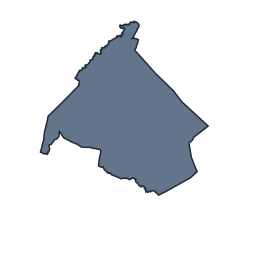 the district of Panda, Inhambane, Mozambique, rotated 46°
{"feature_id": "85939544B74614871029564", "entity_name": "Panda", "entity_type": "district", "adm_level": 2, "iso_a3": "MOZ", "parent_name": "Mozambique", "parent_adm1": "Inhambane", "projection": "robinson", "projection_center": [34.062, -24.057], "detail": "fine", "context": "isolated", "style": "filled", "palette": "slate", "viewbox_px": 256, "rotation_deg": 46, "n_neighbors": 0, "source": "geoboundaries", "source_scale": "gbopen_adm2", "svg_char_len": 5496}
<svg xmlns="http://www.w3.org/2000/svg" viewBox="0 0 256 256"><g transform="rotate(46 128 128)"><path d="M55.5,131.5L55.8,131.6L56.6,131.4L57.5,130.6L58.3,131.0L58.8,131.1L59.3,130.7L59.9,130.4L60.1,130.4L60.9,130.8L61.6,131.3L61.9,132.0L61.9,132.6L62.3,133.2L63.0,133.5L63.3,133.5L64.0,160.0L64.0,177.2L66.8,181.1L70.0,186.4L71.2,187.9L71.6,189.0L72.4,190.2L74.9,193.4L77.7,196.4L79.8,200.1L82.9,204.9L83.6,206.3L84.0,206.7L84.4,207.7L84.6,207.8L85.3,207.3L86.1,206.9L87.1,207.0L87.6,206.8L88.6,205.9L89.2,204.8L90.6,204.9L90.7,204.6L90.5,204.2L90.5,203.7L90.7,203.3L90.5,202.8L89.7,202.8L89.6,202.6L89.5,202.3L89.9,201.2L89.4,199.9L88.8,199.4L88.2,198.6L87.0,197.9L86.3,197.7L85.9,197.4L85.7,196.9L85.8,196.0L86.4,194.8L86.4,194.4L86.4,193.8L85.9,192.6L86.1,191.4L86.0,191.0L85.5,190.5L85.4,190.0L85.4,189.4L86.4,186.9L86.2,184.2L85.2,182.4L83.9,181.1L83.3,180.7L82.9,179.8L85.9,180.2L88.7,180.8L90.9,181.0L93.2,180.1L98.8,178.3L102.8,176.6L103.9,176.0L106.2,175.3L108.7,175.0L109.8,174.4L110.4,173.9L112.1,172.1L113.2,171.2L115.1,169.1L118.5,167.2L120.1,165.7L121.0,165.2L124.2,163.1L124.7,162.9L125.3,163.5L126.1,163.9L130.4,170.2L134.5,175.3L135.5,175.3L137.7,174.4L138.1,174.0L138.3,173.2L138.5,172.9L139.3,173.1L140.0,173.6L140.8,173.7L141.4,174.0L142.4,174.1L144.1,173.5L144.3,173.5L145.2,174.0L146.0,173.9L146.9,173.5L146.9,173.0L147.1,172.7L147.4,173.0L147.6,173.0L147.8,172.5L148.6,172.0L148.8,172.0L149.6,172.3L150.5,172.2L151.4,171.7L151.9,171.6L152.5,171.2L153.3,171.0L155.7,169.6L156.6,169.6L157.5,169.0L158.0,168.9L158.7,168.5L159.3,168.4L159.6,168.3L160.6,167.0L161.0,165.9L161.7,165.4L162.2,164.8L162.8,164.7L163.1,164.4L163.3,163.6L164.9,163.1L165.8,163.1L166.0,163.0L166.5,162.0L166.5,161.2L166.9,160.7L166.9,159.9L167.4,159.6L167.8,158.8L168.2,158.4L168.4,158.4L169.0,158.7L169.3,158.7L169.9,157.8L170.3,157.8L170.8,158.4L171.1,159.3L171.8,159.7L172.2,159.8L173.5,159.8L174.3,159.2L174.7,159.2L175.3,159.7L175.7,159.8L176.4,159.7L177.2,160.1L177.6,160.0L178.6,159.2L179.3,159.6L179.6,159.5L179.7,159.1L179.6,158.0L179.8,157.7L180.5,157.6L181.6,157.2L182.3,157.4L182.5,157.9L182.9,157.4L183.6,157.4L184.1,157.7L184.1,157.9L183.9,158.2L184.0,158.4L184.4,158.2L185.1,158.1L185.3,158.8L185.6,159.1L185.8,159.2L186.3,158.9L186.5,159.3L186.7,159.0L186.9,158.9L187.6,158.9L187.6,158.5L187.7,158.3L188.2,157.8L188.3,156.9L188.8,156.3L189.6,156.2L189.6,155.7L189.2,155.4L189.2,155.0L189.3,154.7L190.2,154.0L191.0,153.1L191.8,152.8L192.6,152.8L192.8,152.4L193.1,152.5L193.3,152.9L193.7,152.9L194.9,152.6L196.8,152.5L197.2,152.7L197.5,152.7L200.1,144.4L207.2,117.6L207.4,110.1L207.5,108.7L193.4,103.0L181.0,94.5L180.9,94.0L181.4,92.6L181.5,91.8L181.5,90.3L181.3,89.4L180.4,87.4L180.4,86.8L182.3,69.0L146.3,71.1L132.9,69.5L108.5,70.3L76.9,69.1L76.6,68.8L76.2,68.2L76.1,66.9L75.9,66.3L74.6,64.6L73.9,62.4L72.7,61.0L72.1,59.6L71.9,59.3L71.5,59.2L70.8,59.4L69.4,60.1L68.6,60.9L67.5,61.1L67.0,61.7L66.6,62.7L64.0,53.7L63.4,52.9L63.0,51.2L62.2,49.2L61.7,48.6L61.1,48.4L59.9,48.2L58.4,48.2L56.9,48.7L55.8,49.5L56.4,49.5L56.5,49.8L56.3,50.4L55.9,50.6L55.6,51.1L55.4,51.2L55.2,51.6L54.6,51.8L53.9,52.3L53.8,52.7L53.6,52.9L53.8,53.8L53.7,54.3L54.3,55.3L54.1,55.5L53.9,55.5L53.9,56.0L53.8,56.3L53.3,56.5L53.1,56.9L52.7,56.9L52.5,57.3L52.3,57.0L52.2,57.1L52.1,57.3L52.1,57.7L51.2,58.2L51.4,58.7L51.1,58.9L51.0,59.4L51.5,59.6L51.6,60.2L51.3,60.2L50.9,60.6L50.4,60.4L50.2,60.7L50.3,60.8L50.3,61.1L49.7,61.6L49.6,61.9L49.3,62.1L48.5,62.1L48.5,62.8L49.0,63.1L49.7,63.2L49.7,63.4L50.0,63.7L50.6,63.8L51.9,63.2L52.5,62.8L53.6,61.5L54.5,61.6L54.8,63.3L55.6,64.7L55.6,64.9L55.3,65.1L55.3,66.3L55.9,66.6L56.5,66.4L56.9,66.3L57.1,66.8L57.0,67.4L56.9,67.5L56.8,68.0L56.4,68.1L56.2,68.4L56.5,68.4L56.8,68.8L57.5,68.9L57.8,69.2L57.6,69.8L57.2,70.1L55.9,70.0L55.5,70.5L55.5,71.2L54.4,71.4L54.4,71.7L54.1,72.1L54.2,72.4L54.8,72.6L54.8,72.8L54.5,73.2L54.6,73.8L54.9,74.4L55.0,74.7L54.4,75.3L54.3,75.7L53.9,76.1L53.8,76.9L54.0,77.5L53.9,78.2L53.5,78.6L53.6,79.0L53.5,79.4L53.4,80.0L52.7,80.8L52.3,80.9L52.1,81.3L52.3,81.8L53.1,82.3L53.3,83.0L53.6,83.3L53.5,83.8L54.1,84.5L53.8,84.8L53.8,85.1L54.0,85.5L54.1,86.1L53.6,86.7L53.7,87.2L53.5,87.5L53.3,87.6L53.3,87.8L53.7,88.3L53.9,88.2L53.9,88.7L54.1,89.0L53.8,89.0L53.6,89.2L53.5,89.5L53.3,90.2L53.2,90.1L53.1,90.3L52.8,90.5L52.5,90.4L52.1,90.8L52.1,91.2L52.3,91.7L52.7,92.0L53.1,92.3L53.5,92.8L53.2,93.1L52.9,93.2L52.9,93.6L53.1,93.7L52.9,93.8L53.0,94.0L53.7,94.2L53.7,94.5L54.0,94.7L54.3,94.8L54.7,94.8L54.7,95.3L55.4,95.3L55.7,95.4L55.9,95.7L55.8,95.9L55.9,96.2L55.5,96.9L54.8,97.2L54.5,97.5L54.1,97.5L53.8,97.8L53.3,97.7L52.7,98.0L52.8,98.4L52.7,98.5L52.4,98.5L52.2,98.3L51.9,98.2L51.8,98.5L51.9,98.8L51.7,99.3L51.4,99.0L51.2,99.2L51.7,99.8L51.7,100.8L52.5,101.4L52.8,101.3L53.0,101.4L53.0,101.8L52.8,102.4L52.3,102.8L52.3,103.0L52.8,104.2L53.3,104.6L53.6,105.1L53.9,105.2L54.2,105.6L53.8,106.3L53.4,106.6L53.1,107.2L53.2,107.6L52.8,108.1L53.4,108.8L53.8,108.9L54.1,109.1L54.0,109.6L54.1,109.8L54.0,110.7L54.3,111.4L54.2,111.8L54.4,112.5L54.1,113.6L53.2,114.6L53.1,115.2L53.3,115.8L53.7,116.1L54.3,116.3L54.8,115.8L55.1,116.1L55.2,116.4L54.6,117.8L54.2,118.2L53.5,118.2L53.1,118.8L53.1,119.3L53.4,119.5L53.6,119.9L54.0,120.0L54.3,120.3L54.2,120.6L54.4,121.2L54.3,121.7L54.1,122.1L53.7,122.3L53.4,122.2L53.0,122.2L52.9,123.0L53.5,123.9L53.4,124.6L53.7,124.9L53.6,125.3L53.9,125.7L54.2,126.9L54.6,127.5L54.5,128.2L54.7,128.7L54.9,128.7L54.9,129.5L55.2,129.6L55.1,130.0L55.2,130.3L55.2,130.8L55.5,131.5Z" fill="#64748b" stroke="#1e293b" stroke-width="1.5"/></g></svg>